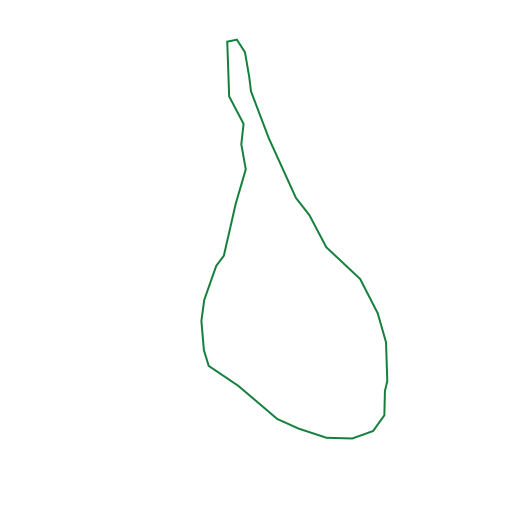 outline of Tamatam, Federated States of Micronesia, rotated 246°
{"feature_id": "79324940B81673717572020", "entity_name": "Tamatam", "entity_type": "district", "adm_level": 2, "iso_a3": "FSM", "parent_name": "Federated States of Micronesia", "parent_adm1": "", "projection": "orthographic", "projection_center": [149.414, 7.539], "detail": "fine", "context": "isolated", "style": "outline", "palette": "green", "viewbox_px": 512, "rotation_deg": 246, "n_neighbors": 0, "source": "geoboundaries", "source_scale": "gbopen_adm2", "svg_char_len": 553}
<svg xmlns="http://www.w3.org/2000/svg" viewBox="0 0 512 512"><g transform="rotate(246 256 256)"><path d="M98.5,209.1L81.1,224.6L61.3,246.4L50.1,269.8L48.5,291.8L58.3,308.5L80.3,318.9L88.2,325.0L124.3,339.7L154.1,343.9L192.6,341.8L235.4,323.8L271.6,321.4L292.8,316.1L358.7,315.6L408.4,318.4L422.2,322.6L446.6,328.8L461.4,326.5L463.5,316.9L412.7,296.4L381.8,298.4L364.0,288.0L339.3,281.9L312.2,258.9L269.3,226.7L263.2,215.7L237.0,190.9L218.9,179.7L191.2,170.1L174.8,168.1L144.6,187.0L98.5,209.1Z" fill="none" stroke="#15803d" stroke-width="2"/></g></svg>